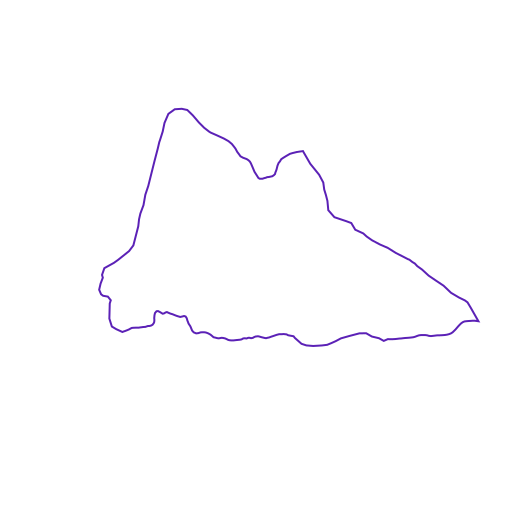 Chargharay, Samchi, Bhutan (Natural Earth projection), rotated 60°
{"feature_id": "84629894B86472917172938", "entity_name": "Chargharay", "entity_type": "district", "adm_level": 2, "iso_a3": "BTN", "parent_name": "Bhutan", "parent_adm1": "Samchi", "projection": "natural_earth1", "projection_center": [88.979, 26.995], "detail": "fine", "context": "isolated", "style": "outline", "palette": "violet", "viewbox_px": 512, "rotation_deg": 60, "n_neighbors": 0, "source": "geoboundaries", "source_scale": "gbopen_adm2", "svg_char_len": 3550}
<svg xmlns="http://www.w3.org/2000/svg" viewBox="0 0 512 512"><g transform="rotate(60 256 256)"><path d="M393.4,187.8L393.9,183.4L394.6,182.3L395.6,180.6L396.6,178.8L397.5,177.0L398.3,175.2L399.1,173.3L400.0,171.5L400.8,169.6L401.6,167.8L402.5,166.0L403.4,164.1L404.2,162.3L405.0,160.4L405.5,158.5L405.8,156.4L406.2,154.5L407.0,152.6L408.0,150.8L409.0,149.1L410.2,147.5L411.6,146.2L412.8,144.6L413.6,142.8L414.4,140.9L415.2,139.0L416.2,137.2L417.1,135.5L418.0,133.7L418.9,131.8L419.6,130.0L420.2,127.9L420.5,125.9L420.4,123.9L419.9,121.9L419.4,120.0L418.7,118.0L418.0,116.0L417.4,114.0L416.9,112.1L416.7,110.1L416.9,108.2L417.7,106.3L418.6,104.4L419.5,102.6L420.4,100.7L421.4,99.0L422.6,97.4L423.7,96.0L408.5,95.9L401.9,96.0L398.9,97.3L393.4,101.0L385.4,105.5L375.5,108.4L367.4,112.4L359.3,116.3L350.7,119.0L345.4,121.4L341.9,122.2L339.4,123.6L335.9,125.0L334.7,126.0L330.3,128.8L323.4,133.3L314.9,137.8L308.0,142.9L300.5,147.6L294.5,150.4L290.1,151.8L282.9,156.9L275.1,157.0L271.0,160.4L261.6,168.7L257.5,169.5L252.5,170.5L244.0,166.6L238.3,165.0L232.6,163.7L226.0,161.0L217.2,160.7L203.3,162.9L188.6,162.9L186.4,168.5L185.1,173.0L184.5,175.5L184.5,179.8L184.6,183.3L184.8,185.8L186.0,187.9L186.8,190.0L188.5,192.2L191.3,194.9L192.5,196.3L193.4,197.5L194.5,198.5L194.9,199.9L195.1,201.9L194.0,205.4L193.3,206.9L193.1,208.5L192.7,209.8L192.3,211.8L191.6,213.0L190.9,214.2L189.6,214.9L186.9,215.0L182.3,215.2L177.6,214.6L173.3,214.1L171.2,214.1L169.4,214.6L167.4,215.6L164.4,218.1L161.9,219.6L159.7,219.8L156.4,220.2L152.7,220.1L150.2,220.4L146.9,220.9L142.8,222.4L138.2,225.1L132.0,229.5L126.4,233.6L124.9,234.4L119.0,236.8L111.8,238.7L102.6,240.4L95.2,242.5L91.4,246.7L88.3,253.0L89.1,260.8L95.0,268.7L101.6,274.6L107.9,281.5L108.9,282.7L114.0,287.5L123.1,296.5L132.5,305.6L141.5,314.3L147.6,321.2L155.7,328.0L161.4,334.9L165.7,338.9L171.4,343.1L180.7,352.2L185.5,356.9L188.3,363.5L190.4,377.4L190.9,382.5L190.7,393.4L195.4,398.8L198.2,399.5L202.2,404.4L206.8,408.7L211.7,409.3L214.0,408.3L217.1,404.6L221.7,403.9L224.0,406.4L236.9,414.3L245.0,416.1L249.5,413.6L254.0,410.4L255.0,409.7L255.2,408.3L255.5,406.9L255.9,404.3L256.1,402.6L256.1,401.0L256.2,399.5L257.0,397.8L258.2,395.5L259.4,393.5L259.9,392.1L260.5,390.7L261.0,389.4L262.1,387.2L262.3,386.0L262.6,384.6L263.4,383.1L263.8,381.5L263.8,379.9L263.0,378.1L262.2,377.1L260.6,376.0L258.9,375.2L256.5,373.5L254.9,372.0L254.1,369.8L254.7,368.4L256.7,367.1L259.3,365.7L259.7,364.5L259.7,362.5L260.0,361.2L261.0,360.5L263.0,359.0L264.7,357.4L266.5,356.0L268.0,354.8L269.0,353.9L270.9,352.1L271.5,350.2L272.0,348.3L273.2,347.2L275.3,347.1L277.6,347.7L279.2,347.9L280.7,348.2L282.4,348.1L283.7,348.0L285.0,348.1L286.4,348.3L288.6,348.6L289.7,348.4L291.0,348.1L293.1,346.5L294.0,344.4L294.4,342.3L295.0,341.0L296.0,339.2L296.9,338.0L297.7,337.2L299.2,336.0L301.4,334.7L303.6,333.9L305.1,333.4L306.4,332.0L307.7,330.7L308.7,329.4L309.6,326.8L310.5,325.5L312.0,323.9L313.4,322.9L314.8,322.0L315.9,320.8L316.8,319.5L317.7,318.0L319.0,315.0L320.5,311.7L321.0,310.2L321.0,308.3L321.6,306.9L322.7,305.4L323.0,303.5L323.7,302.4L324.7,301.4L325.3,299.7L325.3,298.1L325.5,296.7L326.5,294.4L327.4,293.4L328.9,292.0L331.3,289.5L332.2,288.4L332.6,286.9L333.1,285.4L333.5,283.0L333.8,281.7L334.6,277.6L335.3,275.0L336.6,272.8L337.4,271.1L339.2,268.7L340.7,267.8L344.3,263.6L346.4,263.3L354.8,260.5L358.6,257.1L362.5,251.5L366.4,243.7L368.5,238.8L369.1,234.4L369.6,229.5L369.8,223.6L371.9,215.3L374.7,205.1L378.0,199.2L383.7,195.9L388.7,190.6L393.4,187.8Z" fill="none" stroke="#5b21b6" stroke-width="2"/></g></svg>